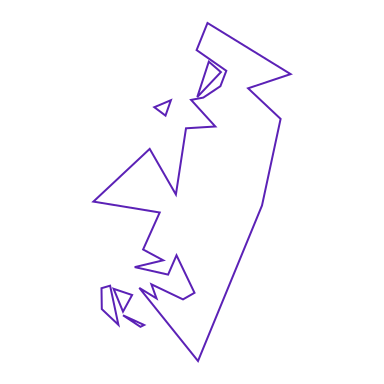 the Region of Aisén del General Carlos Ibáñez del Campo
{"feature_id": "CHL-2691", "entity_name": "Aisén del General Carlos Ibáñez del Campo", "entity_type": "Region", "adm_level": 1, "iso_a3": "CHL", "parent_name": "Chile", "parent_adm1": "", "projection": "albers", "projection_center": [-74.056, -46.391], "detail": "coarse", "context": "isolated", "style": "outline", "palette": "violet", "viewbox_px": 384, "rotation_deg": 0, "n_neighbors": 0, "source": "natural_earth", "source_scale": "10m", "svg_char_len": 706}
<svg xmlns="http://www.w3.org/2000/svg" viewBox="0 0 384 384"><path d="M207.5,23.0L290.6,74.1L248.1,88.3L280.6,118.9L262.0,205.5L198.0,361.0L139.3,287.9L156.5,298.4L151.4,284.3L183.0,299.4L194.5,292.8L176.5,255.3L168.1,274.6L134.7,267.1L163.2,260.3L143.1,249.5L159.7,212.5L93.4,201.6L149.7,148.9L175.9,194.5L186.0,128.3L215.3,126.5L191.1,99.9L203.3,97.6L220.4,86.2L226.3,70.8L196.6,50.1L207.5,23.0ZM197.3,97.0L208.8,61.7L220.9,72.1L197.3,97.0ZM118.4,324.8L101.8,309.1L101.5,288.2L110.1,285.7L118.4,324.8ZM123.0,315.3L144.1,325.0L140.4,326.8L123.0,315.3ZM123.0,311.6L113.6,288.8L132.1,295.0L123.0,311.6ZM170.9,100.2L165.5,115.6L154.3,107.2L170.9,100.2Z" fill="none" stroke="#5b21b6" stroke-width="2"/></svg>